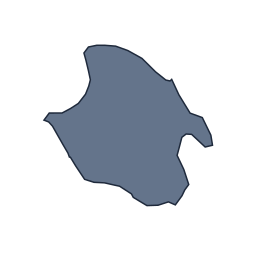 outline of Vårgårda, Västra Götaland, Sweden, rotated 62°
{"feature_id": "70781695B65797043519152", "entity_name": "Vårgårda", "entity_type": "district", "adm_level": 2, "iso_a3": "SWE", "parent_name": "Sweden", "parent_adm1": "Västra Götaland", "projection": "robinson", "projection_center": [12.81, 58.003], "detail": "fine", "context": "isolated", "style": "filled", "palette": "slate", "viewbox_px": 256, "rotation_deg": 62, "n_neighbors": 0, "source": "geoboundaries", "source_scale": "gbopen_adm2", "svg_char_len": 803}
<svg xmlns="http://www.w3.org/2000/svg" viewBox="0 0 256 256"><g transform="rotate(62 128 128)"><path d="M191.8,155.9L205.4,147.7L210.3,137.7L212.2,127.0L218.1,122.3L213.2,112.2L209.3,106.9L206.4,100.9L190.8,98.2L175.2,97.5L170.3,92.9L161.5,84.8L160.6,79.5L163.5,74.8L181.0,68.8L182.9,61.5L181.5,61.0L173.2,58.2L153.7,57.5L144.0,66.2L122.6,67.5L105.6,66.6L106.2,68.8L103.4,72.1L91.4,77.3L73.1,83.0L59.5,91.8L49.9,100.5L44.3,109.3L40.3,116.7L37.9,124.9L41.1,131.7L48.7,133.4L59.1,136.1L67.8,138.6L72.6,143.0L78.2,149.6L83.0,160.3L83.8,169.6L83.8,179.2L77.8,190.5L81.6,198.5L85.4,195.2L90.9,193.8L112.1,193.2L122.0,192.8L126.2,193.4L126.7,192.6L136.8,192.0L153.0,190.4L160.0,183.5L165.4,174.5L172.3,166.5L175.4,162.8L187.8,155.9L191.8,155.9Z" fill="#64748b" stroke="#1e293b" stroke-width="1.5"/></g></svg>